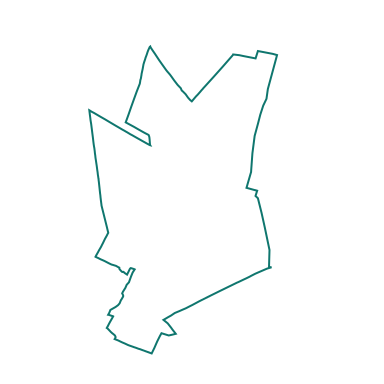 the district of Juan C. Bonilla, Puebla, Mexico, rotated 79°
{"feature_id": "50627088B68027240212637", "entity_name": "Juan C. Bonilla", "entity_type": "district", "adm_level": 2, "iso_a3": "MEX", "parent_name": "Mexico", "parent_adm1": "Puebla", "projection": "robinson", "projection_center": [-98.346, 19.122], "detail": "fine", "context": "isolated", "style": "outline", "palette": "teal", "viewbox_px": 384, "rotation_deg": 79, "n_neighbors": 0, "source": "geoboundaries", "source_scale": "gbopen_adm2", "svg_char_len": 3946}
<svg xmlns="http://www.w3.org/2000/svg" viewBox="0 0 384 384"><g transform="rotate(79 192 192)"><path d="M41.2,205.2L41.4,205.6L41.8,206.0L42.4,206.4L44.2,207.7L44.8,208.1L46.1,208.9L48.1,210.0L49.8,211.0L51.2,211.9L52.6,212.6L54.0,213.4L55.4,214.2L57.5,215.3L58.3,215.6L59.6,216.1L61.9,217.0L66.3,218.9L66.9,219.1L67.6,219.3L68.8,219.8L69.2,219.9L70.2,220.3L71.0,220.6L71.5,220.9L72.0,221.2L72.4,221.4L72.8,221.5L73.6,221.8L74.0,221.9L74.9,222.3L75.6,222.5L82.7,227.0L89.7,231.2L96.6,235.3L104.0,239.6L111.0,243.8L114.6,239.4L116.0,237.7L116.9,236.6L119.7,233.4L123.7,228.7L125.2,226.9L127.4,224.1L127.8,223.7L128.8,223.5L130.0,223.4L131.3,223.5L132.4,223.6L136.5,224.1L137.8,224.2L138.1,224.1L137.9,224.5L135.6,227.3L134.3,228.8L132.2,231.3L130.9,232.8L129.3,234.7L126.3,238.2L125.0,239.7L123.4,241.7L122.9,242.2L121.0,244.3L119.9,245.6L118.9,246.7L117.5,248.4L115.2,251.0L112.5,254.1L107.6,259.6L104.1,263.5L101.0,267.1L98.8,269.6L95.7,273.1L94.2,275.0L92.2,277.2L96.4,277.5L99.7,277.7L102.3,277.9L105.9,278.0L109.0,278.2L112.1,278.4L114.9,278.6L118.0,278.8L121.0,279.0L123.4,279.2L126.4,279.4L128.7,279.5L130.2,279.5L131.8,279.6L133.4,279.7L135.4,279.9L137.7,280.0L139.9,280.2L142.7,280.3L144.8,280.4L147.2,280.5L149.2,280.6L152.2,280.8L154.6,280.9L156.9,281.1L159.7,281.2L160.5,281.3L161.0,281.2L162.5,281.4L164.2,281.5L170.1,282.0L175.9,282.5L177.8,282.6L179.7,282.8L181.1,282.9L182.3,283.0L187.0,283.3L188.1,283.4L192.0,283.2L203.4,282.6L211.0,282.2L211.5,282.2L216.1,282.0L216.9,282.7L218.6,284.0L221.2,286.2L221.3,286.3L225.2,289.2L227.2,290.8L227.4,290.9L228.9,292.1L231.5,294.4L233.0,295.6L235.1,297.4L235.3,297.6L237.2,299.1L237.3,299.0L239.0,296.6L240.2,295.1L241.0,294.0L241.8,292.8L242.3,292.1L243.0,291.1L246.1,287.2L247.9,284.8L248.2,284.1L250.0,280.7L251.4,279.1L251.9,278.5L252.4,277.8L252.8,277.9L253.3,277.9L253.7,277.9L254.9,277.3L256.5,276.3L257.2,275.7L257.3,274.5L258.6,273.6L259.1,273.1L260.7,271.5L255.7,267.7L255.3,267.2L255.2,267.1L255.1,266.9L255.0,266.6L256.0,264.7L256.8,263.3L256.9,263.1L257.0,263.0L259.7,265.6L263.5,268.1L268.4,271.0L268.6,271.1L270.6,273.8L273.4,275.7L276.7,278.8L278.2,279.9L279.1,279.6L280.4,279.3L281.4,279.5L284.2,281.9L284.6,282.4L287.5,284.3L289.0,286.2L290.3,289.0L292.2,294.6L294.7,296.2L296.5,297.7L296.6,297.4L297.0,296.6L298.1,294.7L298.6,293.8L298.9,293.2L299.0,293.1L300.8,294.6L304.3,297.6L306.4,299.3L307.1,299.8L309.2,301.6L309.9,300.9L312.9,299.0L313.9,298.4L314.8,297.7L315.5,297.2L316.0,296.7L317.5,295.5L317.7,295.3L317.9,295.2L318.6,294.9L319.4,294.7L319.6,294.7L320.0,294.7L321.6,296.0L322.8,294.1L323.7,292.7L325.0,291.0L326.4,289.1L327.8,287.0L330.0,284.0L330.8,282.7L332.9,279.1L333.0,279.0L334.1,277.0L334.7,276.0L335.4,274.9L335.9,274.0L336.7,272.4L336.9,272.2L342.8,262.4L337.9,258.7L332.1,254.7L327.4,251.1L324.8,248.9L328.4,242.2L328.3,238.6L328.1,235.0L327.7,235.2L323.2,237.5L321.4,238.3L316.3,240.9L312.1,244.4L311.4,242.4L310.3,239.3L309.3,236.2L307.5,232.0L306.5,227.1L305.7,223.6L305.0,220.3L303.6,215.5L303.0,213.3L300.7,205.9L300.1,203.8L297.2,193.4L294.3,182.8L294.1,182.0L291.7,173.1L291.5,172.3L289.5,164.9L289.3,163.8L287.8,158.0L287.1,155.2L286.1,151.5L285.6,150.0L284.3,145.5L283.6,142.4L281.5,132.8L281.1,128.3L280.3,130.7L263.7,127.0L241.1,127.3L225.8,127.7L210.7,128.5L208.0,130.4L203.2,127.8L198.3,137.7L185.8,131.3L183.7,130.2L181.0,129.5L165.5,125.3L148.9,119.8L137.5,114.2L129.1,110.2L120.8,105.6L114.7,101.1L105.4,97.9L75.7,83.3L73.8,82.4L71.8,86.4L66.2,100.4L73.0,104.1L68.4,115.5L66.7,119.5L64.6,126.1L65.2,125.5L74.9,138.0L83.1,148.8L90.8,159.1L92.5,161.4L92.9,161.8L93.6,162.8L93.9,163.2L95.2,164.8L97.6,167.9L98.9,169.8L101.7,173.3L102.7,174.5L103.0,174.9L101.3,176.3L98.6,177.9L94.8,179.6L91.5,181.8L90.4,182.7L88.0,183.2L84.1,185.7L79.1,188.2L74.9,190.1L72.6,191.2L69.6,192.9L69.5,193.0L67.4,194.1L60.8,197.1L56.1,199.2L50.5,201.5L49.5,201.9L45.4,203.7L42.0,205.1L41.2,205.2Z" fill="none" stroke="#0f766e" stroke-width="2"/></g></svg>